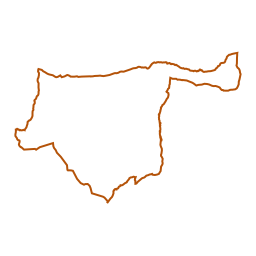 the district of Varfurile, Arad, Romania
{"feature_id": "2599482B32847721384384", "entity_name": "Varfurile", "entity_type": "district", "adm_level": 2, "iso_a3": "ROU", "parent_name": "Romania", "parent_adm1": "Arad", "projection": "orthographic", "projection_center": [22.555, 46.342], "detail": "fine", "context": "isolated", "style": "outline", "palette": "amber", "viewbox_px": 256, "rotation_deg": 0, "n_neighbors": 0, "source": "geoboundaries", "source_scale": "gbopen_adm2", "svg_char_len": 5716}
<svg xmlns="http://www.w3.org/2000/svg" viewBox="0 0 256 256"><path d="M107.1,203.1L110.4,198.6L111.9,197.1L112.7,195.6L113.5,193.3L113.4,191.2L113.9,190.4L114.4,190.3L114.5,190.1L114.4,189.7L115.0,189.1L116.1,188.9L116.6,189.3L116.8,188.8L118.1,188.3L118.4,187.8L118.5,187.4L118.9,186.7L119.7,186.4L120.3,185.9L120.5,185.2L120.8,185.2L121.3,185.4L122.5,185.1L125.1,183.1L126.5,182.5L126.9,182.1L126.9,181.7L129.2,178.9L129.4,178.2L130.1,177.8L130.8,177.4L132.1,177.3L133.5,176.7L134.7,177.0L135.2,177.3L135.6,177.2L135.4,178.0L135.0,178.5L134.9,179.2L134.9,180.2L135.3,180.6L135.4,183.8L136.0,183.7L136.5,183.4L137.7,181.9L141.6,178.6L142.3,178.1L144.0,177.6L144.7,177.2L146.4,175.6L148.1,175.2L149.6,174.5L150.8,174.3L152.1,173.9L152.4,174.6L153.0,174.8L154.9,175.0L156.9,174.6L158.1,174.2L159.1,173.7L159.4,172.9L160.6,171.1L161.1,166.6L162.3,164.6L162.6,163.7L162.6,162.8L162.3,161.5L162.7,158.8L161.7,156.8L161.1,156.0L161.0,154.9L161.4,153.7L161.9,150.4L161.8,148.7L160.8,146.3L160.4,144.8L160.8,140.8L161.3,140.6L161.3,140.2L161.6,139.9L161.5,139.3L161.3,138.9L160.8,139.3L160.5,138.1L160.9,138.0L160.8,137.1L160.4,137.0L160.2,136.9L160.2,136.5L160.3,135.9L160.1,135.7L159.9,134.6L159.8,132.8L160.3,131.9L160.2,131.6L159.8,131.4L159.7,131.1L159.9,130.7L160.3,130.2L160.4,129.2L160.2,127.1L160.0,126.5L159.9,126.0L160.2,125.8L160.3,125.5L160.2,125.3L160.0,125.0L159.9,124.4L160.3,123.9L160.5,123.4L160.4,123.0L159.8,123.0L159.8,122.3L159.5,121.9L159.6,120.9L159.2,119.8L159.0,119.2L159.1,118.7L158.9,117.5L159.0,116.9L159.2,116.3L159.2,115.6L158.8,114.9L159.0,114.6L159.0,114.1L159.7,113.7L159.7,113.1L160.2,111.8L160.3,111.1L160.5,110.8L160.4,110.3L161.0,108.6L160.9,107.8L161.1,107.2L161.7,106.7L162.1,105.9L162.5,104.9L163.2,104.6L164.3,103.5L164.6,102.6L165.3,101.8L166.8,98.9L167.9,97.6L168.2,96.6L168.6,94.8L168.3,93.0L167.0,92.2L166.5,91.7L167.4,90.4L168.1,88.8L169.1,88.0L169.3,86.1L169.3,85.1L169.8,84.2L169.9,81.3L170.3,77.8L172.6,78.8L176.2,78.8L177.5,79.7L178.6,79.6L180.1,79.7L182.2,80.2L182.6,80.0L186.8,80.5L189.2,81.5L192.1,82.6L193.5,83.4L196.3,85.5L198.3,84.9L201.8,84.6L204.4,83.8L207.1,84.0L209.2,84.5L211.8,85.7L213.4,86.1L215.6,86.0L217.6,86.6L219.7,87.5L220.8,89.1L221.8,90.0L222.9,90.0L223.5,90.6L228.1,90.7L230.2,89.8L232.5,89.7L235.3,89.3L236.8,88.3L237.8,86.5L238.7,84.3L238.8,81.6L239.5,79.4L240.6,74.1L240.1,72.9L239.7,70.5L239.2,69.3L238.6,68.5L237.6,67.7L237.3,67.3L237.1,66.7L236.5,65.6L236.9,63.5L237.0,57.6L237.2,54.8L237.1,54.0L237.3,52.9L233.7,53.6L232.0,54.0L230.1,54.7L229.1,54.8L228.8,55.1L227.4,56.3L226.9,56.9L226.6,58.3L226.4,58.7L225.6,59.8L225.2,61.3L225.0,61.8L224.5,62.4L223.6,62.8L221.5,63.0L220.6,63.4L220.4,63.6L219.7,65.3L218.7,66.0L217.9,66.2L217.7,66.8L217.2,67.6L215.8,68.6L215.3,69.7L215.0,69.9L213.9,70.3L210.9,71.1L209.9,71.2L208.0,71.3L206.8,71.6L205.0,71.7L204.3,71.9L203.4,71.8L202.4,71.0L202.0,70.8L201.9,70.3L201.5,70.1L200.8,70.2L200.6,70.0L200.3,69.6L199.9,69.5L199.6,69.7L199.3,70.4L198.8,70.6L198.6,70.9L198.2,71.1L197.8,71.1L197.4,70.9L197.2,71.0L196.8,71.4L196.6,71.4L195.5,70.8L195.0,70.7L194.0,70.9L193.8,71.1L193.7,71.2L193.0,70.9L190.2,70.6L189.6,70.2L189.2,69.6L188.9,69.4L188.0,69.3L186.1,68.7L184.6,68.9L184.1,68.7L183.5,68.2L182.4,68.4L180.8,67.9L179.5,67.2L179.0,66.6L177.2,65.6L176.5,64.9L175.8,64.8L175.2,65.1L174.6,64.8L174.3,64.4L172.9,64.0L172.3,64.0L171.8,63.8L171.5,63.9L171.4,64.1L170.9,64.1L170.4,63.8L170.0,63.3L169.6,63.0L168.6,63.2L167.7,63.6L167.3,63.6L167.2,63.6L166.7,62.5L166.6,62.4L166.1,62.4L165.8,62.2L165.0,62.4L163.6,62.4L162.3,62.6L161.0,62.2L159.6,62.4L158.8,62.1L157.5,62.3L157.1,62.2L156.3,62.7L155.7,62.8L154.9,62.7L154.3,62.4L153.6,62.7L151.8,64.0L151.4,64.8L150.8,65.2L150.6,65.8L150.0,66.6L149.7,66.9L149.3,67.6L147.8,68.6L147.0,68.4L146.0,67.5L145.5,67.4L145.2,67.3L143.8,67.6L142.5,67.4L141.9,67.6L139.9,66.9L138.6,66.8L137.6,67.2L137.1,67.6L136.6,67.8L135.4,68.1L133.8,68.2L132.6,68.5L130.4,69.4L123.9,71.6L123.1,71.7L121.8,71.5L120.3,71.7L119.7,71.9L118.5,72.7L117.8,72.9L116.6,73.2L115.1,73.1L114.2,73.3L109.5,75.0L105.3,75.8L103.5,76.1L100.9,75.8L100.2,75.6L98.4,75.8L94.4,76.0L93.0,76.3L91.8,76.3L90.8,76.5L90.4,76.3L81.6,76.6L78.3,76.9L77.0,76.3L74.2,76.7L70.5,76.6L69.6,75.8L67.5,75.0L67.0,75.1L64.6,76.4L61.7,77.2L60.3,75.4L57.7,76.9L56.2,77.2L55.2,76.8L52.9,75.3L52.2,75.1L49.9,74.6L48.5,74.2L47.2,73.6L45.0,72.2L43.1,71.2L41.8,69.9L38.5,69.0L38.2,69.8L38.1,71.6L39.0,73.1L38.9,74.7L38.9,75.4L38.6,76.6L38.5,77.5L38.4,77.8L37.9,78.4L37.7,79.3L37.6,80.2L37.6,80.9L38.0,82.1L38.4,82.7L38.6,83.5L38.5,87.4L38.7,89.1L38.9,90.5L38.6,91.4L38.5,92.1L38.6,92.9L38.5,93.8L38.3,94.7L38.0,95.3L37.0,96.1L36.6,96.8L36.4,97.7L35.8,99.0L34.6,100.1L34.4,100.5L34.4,101.0L34.6,101.4L34.8,101.9L34.7,102.9L34.7,103.4L33.6,104.9L33.5,105.6L33.4,107.6L33.2,108.4L33.4,109.8L33.2,110.3L32.8,110.7L32.6,111.3L32.5,113.1L32.5,115.6L32.3,116.6L31.6,118.1L30.6,119.7L29.9,120.2L29.2,120.4L28.3,121.4L27.8,121.6L27.6,122.0L27.5,124.0L27.0,125.3L26.4,127.4L24.8,129.6L24.7,130.2L23.8,129.8L23.0,130.2L22.5,130.1L22.0,130.3L20.8,130.3L20.3,130.0L19.6,130.3L19.4,130.2L19.0,129.7L18.6,129.4L18.2,129.5L17.8,129.4L17.4,129.5L17.3,128.9L17.1,128.8L16.4,129.3L15.8,129.5L15.9,130.6L15.8,132.5L15.4,134.2L15.4,136.0L17.0,138.3L17.3,139.4L18.2,140.2L18.8,140.2L19.5,140.6L19.6,141.1L19.6,141.9L19.1,143.5L18.9,144.5L19.3,145.6L20.6,147.1L21.2,147.1L24.0,149.6L35.0,148.9L36.1,149.7L39.8,147.2L53.0,143.1L53.4,146.4L54.2,148.2L55.6,149.9L56.2,151.1L56.9,152.7L60.8,156.8L67.0,165.2L67.4,169.8L68.0,170.4L69.1,170.3L71.1,170.4L72.9,170.8L77.1,178.9L80.7,183.1L84.0,184.7L85.2,184.1L87.7,184.0L89.6,185.8L90.6,188.2L91.9,193.3L103.0,196.7L104.5,197.6L107.8,201.4L107.1,203.1Z" fill="none" stroke="#b45309" stroke-width="2"/></svg>